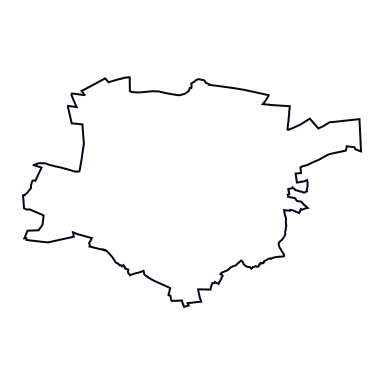 the district of Biharia, Bihor, Romania
{"feature_id": "2599482B24055189409402", "entity_name": "Biharia", "entity_type": "district", "adm_level": 2, "iso_a3": "ROU", "parent_name": "Romania", "parent_adm1": "Bihor", "projection": "natural_earth1", "projection_center": [21.929, 47.156], "detail": "fine", "context": "isolated", "style": "outline", "palette": "ink", "viewbox_px": 384, "rotation_deg": 0, "n_neighbors": 0, "source": "geoboundaries", "source_scale": "gbopen_adm2", "svg_char_len": 5879}
<svg xmlns="http://www.w3.org/2000/svg" viewBox="0 0 384 384"><path d="M284.1,256.1L283.9,254.5L279.7,247.6L278.9,245.6L278.7,243.5L278.9,242.7L279.1,242.3L279.4,242.0L279.9,241.5L280.8,240.8L282.0,239.8L282.6,238.9L283.7,237.5L284.8,235.6L285.2,234.9L285.3,234.2L285.1,232.5L285.3,231.4L285.3,231.0L285.5,230.2L285.8,229.6L285.9,229.2L285.9,228.7L285.8,228.0L285.9,227.5L286.3,225.5L286.1,224.4L285.9,223.5L285.9,221.5L286.0,219.0L285.9,218.5L285.8,217.6L285.2,215.8L284.8,214.2L284.7,213.3L284.4,212.6L284.4,212.2L284.3,211.8L284.3,211.5L284.0,210.2L284.6,210.2L290.0,210.7L290.2,209.9L291.5,210.1L292.1,210.2L293.0,210.4L294.7,211.1L296.4,212.0L299.3,213.0L300.9,209.0L302.1,209.8L303.2,209.2L306.4,208.1L307.7,207.9L306.0,206.3L303.9,204.7L303.4,204.2L302.8,203.6L302.4,202.9L301.5,202.0L300.6,201.5L299.4,201.4L298.5,201.3L297.3,201.0L296.7,200.7L296.3,200.2L295.8,199.3L295.5,198.5L295.0,198.2L294.9,198.2L293.2,197.8L289.0,197.0L288.0,196.7L288.2,196.3L288.1,195.5L288.0,195.1L287.7,194.6L289.3,194.1L289.1,192.6L288.8,191.2L288.7,191.3L288.3,189.6L288.3,189.0L289.6,188.8L292.0,188.1L292.3,187.7L292.6,187.4L292.7,187.7L292.9,188.1L293.5,188.5L294.1,188.6L294.6,189.0L294.8,189.6L295.3,189.9L295.7,190.1L298.7,191.0L300.0,191.5L301.6,191.7L302.1,191.8L302.8,192.2L303.7,192.6L304.4,192.6L304.9,192.4L305.9,191.7L306.9,191.4L306.7,190.3L307.4,186.8L307.6,186.3L307.6,185.4L307.5,184.1L307.6,183.0L307.1,180.0L304.8,181.1L303.6,181.5L301.0,181.8L299.4,182.2L298.1,182.4L296.9,182.5L295.6,173.5L301.0,173.1L300.5,167.4L302.6,166.3L303.2,166.1L303.8,166.0L307.1,165.1L314.2,161.7L318.3,160.0L319.2,159.6L323.7,157.0L325.2,156.2L328.7,154.4L329.1,154.3L332.5,153.4L343.2,151.2L345.8,150.6L346.6,147.5L346.6,146.3L348.5,146.5L354.6,147.2L355.1,148.8L355.9,149.5L357.3,149.9L358.2,150.4L359.1,150.8L361.0,151.4L360.4,138.0L360.3,136.2L359.5,121.3L359.5,119.2L358.9,119.2L350.5,120.1L341.1,121.1L335.1,121.8L333.5,121.9L329.9,122.3L328.8,122.7L324.6,125.4L322.2,126.7L318.3,128.5L318.2,128.3L317.4,127.4L309.8,118.6L302.3,123.4L300.5,124.6L299.8,124.9L299.7,124.8L298.4,125.5L293.6,127.7L288.1,129.9L287.5,129.5L287.9,125.1L288.5,120.5L288.9,115.8L289.1,115.5L289.2,115.0L289.2,114.2L289.1,113.6L289.3,110.6L289.5,109.6L289.8,106.2L272.4,105.1L262.8,104.1L263.4,103.3L265.5,100.8L268.1,96.6L268.7,95.2L244.9,90.0L239.2,89.0L237.5,88.7L230.1,87.6L220.4,86.3L216.8,85.8L208.9,84.8L209.1,84.1L206.2,83.0L204.1,80.3L203.9,80.2L201.4,79.7L198.7,79.2L197.2,79.6L196.0,80.2L195.3,80.8L194.7,81.5L193.7,82.1L192.7,82.5L192.0,83.2L191.3,83.6L191.5,84.3L191.5,86.4L191.5,87.3L191.3,88.0L189.8,88.1L189.5,89.5L188.6,91.0L188.3,91.3L185.6,93.3L185.2,93.5L184.5,93.9L181.6,94.7L179.8,95.2L176.1,95.0L175.5,94.7L171.3,94.1L165.4,93.0L159.0,91.5L157.5,91.3L154.2,91.3L152.9,91.2L140.0,92.4L137.4,92.4L133.1,92.2L131.9,92.1L129.9,91.1L129.7,77.2L123.9,77.8L122.3,78.5L118.5,79.3L110.9,81.5L108.9,82.1L108.6,82.3L105.2,78.4L81.6,91.0L84.6,94.9L84.3,95.1L77.7,94.2L71.9,93.5L71.4,95.0L71.6,95.5L72.0,96.1L72.6,97.7L72.6,98.0L76.6,107.1L72.7,106.5L69.4,106.1L68.1,105.8L67.9,106.1L67.8,106.4L68.9,111.1L71.7,123.4L76.9,123.8L82.4,124.4L83.9,143.7L83.8,144.2L82.4,153.3L81.9,157.5L79.9,169.0L79.6,170.4L79.5,170.9L79.4,171.4L78.8,171.4L77.1,171.6L74.9,171.6L72.4,170.8L70.5,170.2L65.9,168.9L59.4,167.2L55.8,166.5L47.9,164.4L47.0,163.9L45.9,163.5L45.1,163.4L44.2,163.3L43.5,163.2L43.1,163.2L41.4,163.2L40.3,163.1L38.2,163.4L33.8,164.9L33.7,165.1L37.4,166.3L40.5,167.2L41.6,167.7L39.7,171.5L36.4,178.6L35.3,180.8L34.4,180.5L33.6,180.5L32.5,180.6L32.1,182.0L31.2,184.4L30.9,186.4L31.1,187.9L29.5,189.9L27.7,192.3L25.6,194.2L24.5,194.9L24.5,195.2L23.0,195.2L23.3,198.9L23.5,200.9L23.7,204.2L24.0,208.3L24.9,208.7L26.4,209.5L27.0,209.5L29.8,209.4L31.0,209.9L31.9,210.4L43.0,215.1L43.6,215.8L42.5,224.7L38.6,230.3L27.5,230.7L24.4,238.3L26.3,238.2L26.3,239.1L26.5,240.0L41.2,241.7L48.1,242.4L73.8,236.7L73.0,232.3L77.4,234.1L82.1,235.4L90.7,237.8L91.9,238.1L89.1,243.2L90.0,245.4L89.5,246.5L101.5,249.5L101.7,249.2L104.7,249.9L104.4,250.3L106.3,250.8L106.6,250.9L106.9,251.0L108.0,252.4L109.4,253.7L110.9,255.5L112.7,257.7L113.7,259.3L114.7,260.6L115.2,261.7L116.1,262.7L116.7,263.1L117.7,263.3L118.5,264.0L119.2,265.0L119.6,265.2L120.4,265.2L121.1,265.4L121.2,265.6L121.9,266.4L123.4,265.1L124.0,266.0L124.0,266.3L125.0,267.3L125.2,268.5L126.1,268.9L126.9,268.9L127.6,269.4L128.0,269.4L128.4,269.9L128.4,270.2L127.8,270.7L128.1,272.4L128.8,273.9L129.7,274.6L130.1,275.3L130.9,274.9L131.6,274.6L135.2,273.4L139.0,272.5L142.8,271.2L143.5,270.8L143.8,271.6L144.0,272.6L144.3,274.2L145.2,275.3L149.8,278.4L150.8,279.0L153.6,280.5L155.8,281.6L160.8,283.8L165.1,285.7L169.7,287.8L170.0,288.0L170.2,288.4L170.1,288.7L169.7,290.2L169.2,292.2L168.4,295.0L168.5,295.2L170.1,295.6L170.4,295.7L170.5,296.2L171.0,299.4L171.4,300.6L171.8,301.0L173.4,300.8L174.5,300.8L178.9,300.7L181.8,300.4L182.3,302.1L183.7,306.0L184.2,306.8L188.7,305.5L187.6,303.1L189.1,302.9L190.4,302.9L197.6,302.0L201.2,301.7L199.5,296.6L199.2,294.7L198.2,290.5L198.2,289.3L210.4,289.6L211.1,286.5L212.4,283.1L214.4,283.1L214.8,282.0L218.6,283.9L218.9,282.9L221.6,278.3L221.7,277.2L222.5,276.4L222.7,275.8L222.3,275.2L221.8,274.8L220.5,274.2L221.6,272.7L227.6,270.2L228.3,269.7L229.4,268.5L231.0,267.3L233.7,266.0L235.4,265.6L241.1,260.6L241.7,260.8L242.7,261.9L243.4,263.5L243.8,264.3L244.8,265.3L246.0,266.2L246.8,266.6L248.3,267.0L249.1,267.0L249.9,267.1L250.4,267.5L251.4,268.7L252.1,268.2L252.5,267.5L252.9,267.2L253.2,267.0L253.9,267.0L254.3,266.9L254.7,266.6L255.0,266.3L255.2,266.2L255.5,266.2L257.3,266.8L257.6,266.8L258.1,266.7L258.6,266.2L259.0,265.1L259.4,264.3L260.3,264.3L260.4,263.1L263.4,263.2L263.8,261.6L264.6,261.5L264.8,260.8L265.9,260.3L268.1,259.1L270.3,258.3L270.8,258.7L271.6,258.4L271.6,258.5L273.4,257.7L274.8,257.3L279.0,256.7L280.8,256.7L283.9,256.4L284.1,256.1Z" fill="none" stroke="#020617" stroke-width="2"/></svg>